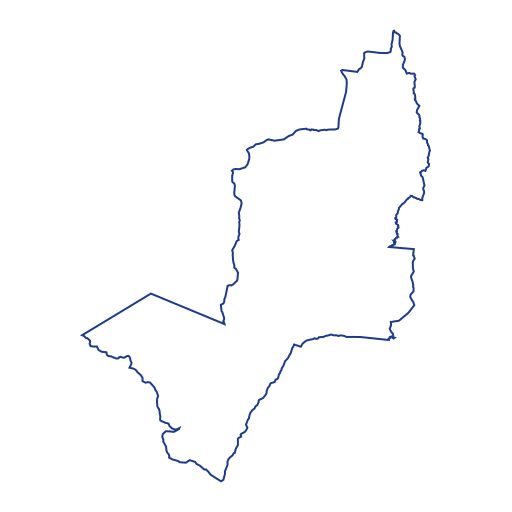 San Carlos, Salta, Argentina
{"feature_id": "61730980B20324539983987", "entity_name": "San Carlos", "entity_type": "district", "adm_level": 2, "iso_a3": "ARG", "parent_name": "Argentina", "parent_adm1": "Salta", "projection": "mercator", "projection_center": [-66.067, -25.8], "detail": "fine", "context": "isolated", "style": "outline", "palette": "blue", "viewbox_px": 512, "rotation_deg": 0, "n_neighbors": 0, "source": "geoboundaries", "source_scale": "gbopen_adm2", "svg_char_len": 6051}
<svg xmlns="http://www.w3.org/2000/svg" viewBox="0 0 512 512"><path d="M278.1,378.2L278.9,374.4L280.0,373.0L280.3,371.7L281.6,369.6L281.7,368.5L283.6,365.3L285.0,361.3L287.7,358.4L290.8,353.0L292.3,347.9L293.3,346.7L294.1,344.5L300.8,346.7L302.6,343.6L306.2,340.7L310.6,339.5L312.6,339.3L314.6,338.2L316.2,338.9L318.2,338.4L319.0,337.2L323.5,336.9L326.2,335.7L327.4,335.7L331.1,334.5L333.7,335.3L336.4,335.3L338.7,336.0L340.0,335.4L342.8,335.6L345.0,336.2L346.2,336.9L360.4,337.0L388.8,340.0L388.6,339.0L389.1,338.9L389.6,337.4L390.0,337.6L390.1,337.2L391.2,336.6L391.4,337.2L392.8,337.4L392.5,337.8L393.6,338.5L394.5,337.8L393.9,337.7L393.3,336.9L393.0,334.0L391.0,331.5L389.7,328.8L391.1,325.2L390.8,322.0L399.0,320.7L408.4,312.8L414.3,305.2L413.1,301.6L411.9,300.2L410.2,296.8L410.6,294.6L413.5,291.4L413.6,288.2L413.1,286.7L413.3,285.4L412.7,282.2L410.9,276.8L411.3,275.6L413.8,271.6L412.9,268.3L412.8,262.2L413.2,260.9L414.7,258.7L413.8,255.9L413.1,255.5L413.8,249.1L389.1,247.0L389.7,246.4L391.0,246.5L390.9,246.0L391.6,245.7L392.5,246.3L392.3,245.1L394.8,244.4L395.2,242.9L394.3,243.4L393.9,242.6L394.3,241.9L393.9,241.3L394.4,241.5L395.0,241.1L394.8,240.7L394.3,240.8L394.3,240.2L394.8,240.1L394.7,239.3L395.3,239.1L396.0,238.0L397.2,237.7L397.2,237.2L398.0,236.9L397.4,236.4L397.7,234.9L397.0,234.0L397.4,233.6L396.5,232.4L397.0,231.3L396.3,231.0L397.4,228.6L398.5,227.7L398.5,227.1L397.9,226.6L398.3,225.5L397.7,224.6L396.1,223.8L395.7,222.4L396.8,222.1L397.1,219.8L395.6,219.2L395.2,218.2L396.2,217.9L396.2,214.9L397.8,213.1L397.8,211.5L398.9,209.1L398.9,208.0L402.3,204.0L403.4,203.5L404.9,202.0L406.6,199.7L408.1,198.7L408.3,198.0L409.7,197.4L410.8,195.8L412.0,195.9L413.4,197.3L414.4,197.2L415.4,198.0L416.3,198.1L417.0,198.8L419.1,199.1L420.8,200.1L422.3,200.1L422.3,198.0L424.1,193.0L424.1,191.3L423.1,188.9L423.6,187.1L424.5,185.5L422.6,177.2L421.1,175.6L420.8,174.0L420.1,172.8L420.2,172.2L421.5,171.6L421.8,170.9L423.7,170.3L425.4,170.9L426.4,167.8L428.3,166.7L428.8,166.0L429.1,164.0L427.7,162.4L428.4,159.2L427.7,157.6L428.7,155.8L429.3,152.1L429.9,150.7L428.9,146.5L428.6,145.7L428.0,145.3L428.0,144.3L427.1,142.8L427.0,140.2L425.4,139.0L423.2,138.5L422.5,136.6L422.8,134.5L422.5,133.9L420.1,133.1L418.5,132.0L419.1,130.4L419.0,129.7L419.2,128.9L419.9,128.6L419.3,126.3L420.3,123.5L420.1,121.7L420.4,121.0L419.9,120.4L420.2,119.3L420.0,118.3L419.3,117.3L419.6,116.0L418.8,114.5L417.2,113.2L416.7,112.3L417.2,109.7L419.4,105.9L416.8,103.4L416.0,101.1L415.1,100.3L414.8,99.1L415.3,98.9L415.1,95.6L414.6,93.9L413.7,93.3L413.9,92.6L413.3,89.0L413.6,88.2L414.7,87.6L414.8,86.5L414.4,81.9L415.7,79.2L414.6,76.7L414.6,75.8L415.1,75.1L414.1,73.6L410.9,73.7L409.1,72.9L406.8,73.6L405.3,70.0L403.2,68.1L402.8,67.2L402.9,64.8L404.3,61.6L405.0,59.1L404.3,56.7L402.8,55.9L402.3,55.0L402.6,52.7L402.2,51.2L399.9,46.1L399.5,43.5L399.9,35.8L398.3,34.0L396.5,33.2L396.0,32.5L394.9,32.4L394.1,30.7L393.6,30.8L393.0,32.7L392.6,39.7L391.5,44.8L391.8,46.7L390.8,48.7L390.9,50.0L390.4,52.0L386.9,53.1L379.7,52.9L368.0,51.5L366.3,51.9L364.4,52.7L364.1,53.3L364.3,58.5L363.0,61.8L361.8,67.0L360.0,68.7L359.2,69.0L357.3,71.9L342.5,70.0L341.2,70.7L342.4,73.4L344.6,76.1L346.5,79.5L346.8,83.2L346.1,91.8L338.9,118.9L338.4,127.3L338.0,128.5L335.7,129.4L327.9,129.6L326.3,130.2L324.7,129.7L319.9,130.4L318.6,131.1L316.1,130.0L313.7,130.1L313.1,129.6L311.4,129.4L310.9,130.2L310.0,130.3L309.3,129.6L306.8,129.3L306.4,128.7L300.5,129.3L298.2,129.9L295.6,131.2L292.6,134.6L288.6,136.1L283.9,139.4L274.4,140.7L268.5,139.4L266.6,140.1L263.6,142.3L259.8,143.6L255.6,144.4L253.4,146.7L250.5,147.5L248.1,148.8L246.8,149.9L248.9,153.4L249.4,156.6L249.2,159.1L247.6,164.2L245.3,167.3L239.4,169.2L235.3,169.0L234.0,169.3L233.0,169.7L231.9,170.8L232.9,171.9L233.0,172.8L232.2,175.9L232.2,180.9L232.5,182.0L234.4,183.7L234.9,185.9L234.2,193.2L234.5,195.0L235.3,196.4L240.8,200.3L241.5,202.3L241.5,204.1L240.3,208.6L238.8,212.6L239.3,216.1L239.1,218.3L239.8,220.5L239.2,222.2L239.5,225.1L238.8,231.9L239.5,233.9L238.4,236.8L238.3,238.7L238.7,239.9L236.7,241.1L234.6,246.1L232.2,250.2L232.9,253.1L232.7,254.2L233.0,259.7L233.5,262.8L234.3,264.8L234.3,267.7L235.8,268.8L238.0,272.6L237.4,279.7L236.9,280.8L232.9,284.6L231.2,285.4L229.7,285.1L227.6,285.9L225.4,296.7L224.3,299.4L224.3,301.5L223.4,303.5L220.9,304.8L221.5,311.0L222.3,312.1L224.1,317.9L224.1,319.4L223.3,321.3L223.8,321.9L224.5,324.1L150.9,293.6L82.1,335.2L84.2,336.1L86.0,338.1L87.4,338.2L89.9,340.6L90.2,341.4L89.6,343.8L90.6,346.1L93.8,346.6L96.9,346.5L98.5,349.9L101.5,351.7L106.4,352.3L106.9,354.8L108.4,356.1L111.2,356.4L115.0,358.1L117.1,358.6L118.6,358.2L119.1,357.3L120.3,356.8L123.3,357.7L124.5,357.5L127.0,356.1L128.4,355.9L129.3,356.6L130.1,358.3L130.5,360.5L131.5,362.7L131.4,363.9L129.5,367.7L133.7,368.7L135.8,370.0L137.7,372.4L140.8,375.1L142.5,377.8L142.6,381.2L145.6,382.7L148.1,382.1L150.0,382.5L154.5,387.5L155.4,390.0L156.8,391.9L158.1,396.1L157.1,398.8L157.0,402.3L157.4,406.4L158.2,408.0L158.8,408.6L159.6,411.0L159.7,413.4L160.3,416.3L160.1,419.6L160.5,420.6L165.1,422.7L168.5,423.6L169.6,426.1L172.0,428.4L173.5,429.0L175.3,429.6L177.5,429.2L179.4,428.1L179.1,428.9L175.1,431.3L173.3,431.9L169.3,431.3L165.7,431.3L162.7,434.2L162.3,437.1L163.4,439.7L163.3,441.6L166.1,446.7L166.4,450.5L167.3,452.6L168.9,454.6L169.3,456.1L169.1,457.6L172.4,459.4L178.1,461.0L179.6,462.2L185.8,462.7L189.6,460.2L195.1,461.9L196.6,464.0L200.0,465.7L203.6,469.0L204.9,469.6L206.1,469.5L208.4,471.8L210.6,474.7L221.0,481.3L223.4,479.8L225.0,473.7L224.9,471.4L227.5,465.0L227.5,461.4L228.4,459.3L229.9,457.5L232.6,455.3L233.6,453.3L234.9,452.8L235.6,449.2L237.9,445.1L237.9,438.9L238.5,438.0L241.2,436.6L240.6,434.7L241.0,434.0L244.7,432.0L246.1,430.3L247.4,427.7L246.0,424.6L248.0,419.4L248.8,418.7L249.6,414.9L250.5,412.5L252.4,410.1L254.6,408.4L255.6,406.2L257.1,405.3L258.7,402.1L258.6,401.0L259.0,400.0L263.1,398.0L265.5,395.0L266.5,393.4L266.7,391.0L267.7,388.2L269.3,386.2L270.3,383.8L270.9,383.1L274.6,382.1L275.6,379.6L277.3,379.0L278.1,378.2Z" fill="none" stroke="#1e3a8a" stroke-width="2"/></svg>